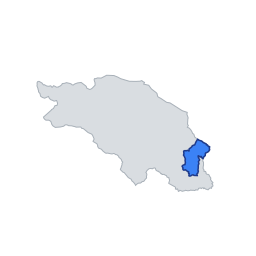 location of Hovd within Mongolia, rotated 205°
{"feature_id": "MNG-3320", "entity_name": "Hovd", "entity_type": "Province", "adm_level": 1, "iso_a3": "MNG", "parent_name": "Mongolia", "parent_adm1": "", "projection": "mercator", "projection_center": [92.143, 46.988], "detail": "fine", "context": "in_parent", "style": "filled", "palette": "blue", "viewbox_px": 256, "rotation_deg": 205, "n_neighbors": 0, "source": "natural_earth", "source_scale": "10m", "svg_char_len": 6417}
<svg xmlns="http://www.w3.org/2000/svg" viewBox="0 0 256 256"><g transform="rotate(205 128 128)"><path d="M26.9,108.6L27.7,108.6L28.8,107.7L29.0,106.5L29.3,105.8L32.1,105.5L33.3,105.9L33.6,105.1L33.8,105.0L34.5,105.6L35.1,105.3L35.5,105.0L36.0,104.1L36.9,104.3L38.5,103.2L38.5,101.4L39.1,101.0L40.6,100.6L40.8,99.8L41.1,99.5L42.1,99.3L44.0,98.4L44.9,98.3L45.5,97.5L47.2,96.4L49.7,95.8L49.9,95.3L52.1,93.6L54.6,93.5L55.2,92.0L55.6,91.9L57.3,93.7L58.0,93.4L58.3,92.8L59.3,92.8L59.7,94.0L60.3,94.5L67.6,95.0L67.8,95.4L68.2,98.3L69.6,99.6L69.9,100.2L71.9,100.0L73.0,101.1L74.7,101.0L75.6,101.3L77.3,100.3L77.7,100.3L78.2,100.9L79.0,100.5L80.6,101.4L81.8,101.3L82.4,101.7L83.1,101.3L84.8,101.6L86.2,103.1L87.2,103.0L88.3,102.0L88.7,101.3L90.3,101.0L91.3,100.3L91.9,99.7L92.8,97.5L93.0,95.2L92.2,94.9L91.4,94.1L91.0,92.9L90.9,92.0L90.1,90.7L90.2,90.0L90.7,88.9L90.9,87.0L91.5,86.0L92.6,85.4L92.7,84.7L93.5,83.3L95.3,82.4L96.3,80.8L96.9,79.2L97.8,80.0L100.1,81.2L102.1,81.7L103.4,82.9L106.8,83.2L112.6,86.0L113.8,85.8L117.2,87.0L117.5,87.4L117.5,89.5L117.7,90.0L117.9,92.3L118.5,93.4L118.3,94.7L118.6,95.1L119.5,95.3L120.8,96.7L123.8,97.6L124.7,98.5L126.8,99.1L127.9,98.7L129.6,99.0L130.3,98.8L131.4,97.8L132.1,97.5L136.0,96.6L137.1,95.9L137.9,95.8L141.0,96.5L143.1,97.5L146.3,97.4L147.7,98.5L148.3,99.6L149.6,100.6L153.9,101.0L154.1,101.2L154.0,103.5L154.2,103.9L157.0,106.4L158.3,107.1L162.2,107.0L168.3,108.6L169.7,108.1L171.0,108.9L171.5,108.8L175.5,106.8L176.0,106.9L180.2,106.1L182.8,105.0L184.7,105.1L186.3,104.2L187.0,102.5L189.6,100.4L194.2,97.8L197.0,98.2L198.6,99.1L200.3,101.0L201.3,101.5L203.1,101.6L205.8,100.4L207.1,100.7L208.4,101.3L209.2,102.2L205.1,111.7L205.1,112.3L203.8,114.2L203.6,117.4L201.9,118.5L202.1,120.2L202.5,120.9L204.3,122.7L204.9,122.4L205.4,121.7L206.4,121.1L208.2,121.2L209.7,121.0L211.7,121.5L213.4,123.0L216.1,119.8L218.5,119.5L220.7,119.9L222.3,122.0L224.4,123.0L224.9,124.2L225.7,124.7L225.9,125.3L228.3,127.7L228.8,129.3L229.5,130.4L229.5,131.5L229.3,132.1L228.3,132.7L224.9,132.4L222.9,131.3L222.1,131.9L219.5,131.7L218.0,132.1L217.0,132.6L216.4,133.3L215.9,133.5L215.5,133.5L214.7,132.9L214.0,132.9L213.8,133.0L213.3,134.9L211.1,134.9L210.3,134.7L208.5,135.6L208.2,136.3L207.2,137.4L206.3,139.3L206.4,140.1L206.2,140.6L204.5,141.6L202.9,143.1L199.6,143.8L198.1,143.9L196.9,143.5L195.8,143.8L194.9,145.4L192.8,147.5L189.7,149.5L184.1,148.3L183.4,148.0L182.2,146.7L179.0,146.7L178.1,147.5L177.3,148.8L175.9,152.9L177.1,155.2L178.6,156.7L179.2,157.7L179.2,158.6L178.2,159.0L176.8,160.5L173.4,161.9L169.6,166.8L162.9,169.6L158.7,169.8L155.5,169.6L146.6,170.9L140.9,173.4L136.7,175.6L135.8,176.6L135.3,176.8L134.6,176.4L132.3,176.3L132.3,174.4L127.3,175.5L123.3,173.3L117.5,172.0L116.3,171.5L114.4,169.1L113.3,168.8L110.8,168.7L103.8,167.6L100.5,168.5L86.2,166.6L81.0,167.2L80.8,167.0L80.5,165.4L78.1,163.0L77.7,162.4L77.6,161.5L75.6,156.5L74.4,155.8L74.5,153.7L72.6,153.8L70.5,153.0L68.3,151.5L67.2,150.4L65.7,150.2L63.8,148.1L62.9,147.8L58.3,146.9L56.0,147.2L53.5,146.6L50.7,146.6L49.8,146.1L49.0,146.2L47.4,145.3L46.3,145.5L44.9,142.5L45.2,140.7L45.8,139.6L47.1,137.9L47.0,137.3L46.5,135.8L47.2,133.1L47.0,131.4L46.2,129.5L45.2,129.0L43.9,126.4L43.4,124.4L42.8,123.0L41.4,122.1L40.9,120.9L40.5,120.8L40.2,121.2L39.3,121.4L38.4,120.6L38.0,119.7L37.4,119.5L36.5,119.5L35.7,119.9L34.7,119.7L33.9,118.9L31.7,117.6L31.7,116.7L31.4,116.1L30.7,115.9L30.1,115.2L28.0,114.5L27.9,114.0L28.5,113.0L27.0,112.2L26.5,111.3L27.3,110.2L26.9,109.4L26.9,108.6Z" fill="#d9dde1" stroke="#a8b0b8" stroke-width="1"/><path d="M46.4,145.6L46.2,145.6L46.1,145.3L46.2,145.2L46.1,144.8L46.0,144.7L45.8,144.6L45.7,144.5L45.7,144.2L45.5,143.7L45.4,143.3L45.0,143.0L44.8,142.8L45.1,140.7L46.5,138.7L46.9,138.4L47.0,138.3L47.1,138.0L47.1,137.6L47.0,137.2L46.9,137.0L46.7,136.7L46.4,135.7L46.4,135.4L46.6,135.1L46.9,134.4L47.0,134.3L47.0,133.9L47.1,133.7L47.3,133.4L47.3,133.2L47.2,132.9L47.0,132.6L47.1,132.2L47.1,131.9L47.3,131.9L47.8,132.0L48.2,132.2L48.4,132.2L48.6,132.2L48.9,132.3L49.1,132.7L49.3,132.9L49.5,133.1L49.8,133.1L49.9,132.9L50.1,132.6L50.2,132.4L50.3,132.3L50.5,132.5L51.4,132.4L52.3,132.6L52.5,132.5L52.6,132.4L52.6,132.2L52.2,131.6L51.7,131.0L51.1,130.4L50.5,130.0L50.3,129.9L50.1,129.8L49.8,129.6L49.7,129.3L49.6,129.1L49.6,128.9L49.6,128.7L50.0,127.7L50.0,127.4L49.6,126.8L48.7,125.7L48.6,125.3L48.6,125.1L48.7,124.9L48.7,124.7L48.7,124.4L48.2,123.0L48.1,122.7L47.8,122.4L47.7,122.0L47.1,120.5L46.9,119.6L46.8,119.4L46.7,119.3L46.6,119.1L46.1,118.8L46.0,118.7L46.0,118.4L46.0,118.1L45.8,117.3L45.8,117.1L45.7,116.8L45.7,116.6L45.8,116.3L46.1,116.0L46.1,115.8L46.1,115.6L45.8,114.9L45.7,114.7L45.2,114.4L45.1,114.2L45.8,113.9L47.7,113.1L48.3,112.9L48.9,113.1L49.2,113.1L49.5,112.9L49.9,112.6L50.5,111.8L50.9,111.1L51.1,110.9L51.7,110.6L52.0,110.4L52.5,110.4L52.6,110.5L52.8,110.8L53.2,112.5L53.3,112.6L53.5,112.6L53.9,112.5L54.1,112.7L54.2,113.0L54.4,113.6L54.5,113.9L54.7,114.0L54.8,114.0L55.1,113.7L57.5,114.2L58.2,114.4L58.5,114.3L58.8,114.0L59.1,113.7L59.4,113.5L59.6,113.4L59.8,113.4L60.1,113.4L60.2,113.5L60.3,113.5L60.9,113.9L61.0,114.0L61.1,114.5L61.2,114.8L61.3,114.9L61.3,115.0L61.8,115.5L62.0,115.6L62.6,116.0L62.8,116.2L62.8,116.3L62.8,116.5L62.7,116.6L62.7,116.8L62.7,117.0L62.4,117.5L61.7,118.3L61.3,118.6L60.9,118.9L61.1,119.8L61.3,120.1L61.3,120.5L61.4,121.0L62.2,122.2L62.8,123.2L62.8,123.7L62.8,123.8L62.8,124.0L63.1,124.4L63.6,124.8L64.9,126.0L65.8,126.6L66.2,126.8L66.3,127.0L66.3,127.4L66.3,127.7L66.4,128.0L66.5,128.4L66.9,129.0L67.4,129.9L67.7,130.3L67.7,130.7L67.6,130.8L67.4,131.1L67.2,131.3L65.9,131.9L65.3,132.2L64.6,132.9L64.3,133.0L64.1,133.0L63.4,133.0L63.3,132.9L63.1,132.9L63.0,133.0L63.1,133.4L63.5,134.2L63.6,134.5L63.7,134.8L63.7,135.1L63.6,135.3L62.8,136.6L62.2,138.1L62.2,138.3L62.3,138.8L62.2,139.1L61.9,139.3L61.7,139.8L61.6,140.0L61.4,140.1L60.7,140.6L60.4,140.9L60.4,141.3L60.5,143.2L60.5,144.3L60.2,147.2L59.9,147.2L59.6,147.2L59.3,147.2L59.1,147.1L58.8,146.9L58.7,146.9L58.5,147.0L58.4,147.0L58.1,146.9L57.4,147.1L57.0,147.1L56.4,147.3L56.0,147.2L55.9,147.1L55.5,147.2L55.4,147.2L55.2,147.1L54.7,147.2L54.0,146.7L53.8,146.6L53.6,146.6L53.4,146.6L53.2,146.6L52.8,146.7L51.8,146.6L51.6,146.6L51.4,146.7L51.2,146.7L50.6,146.6L50.4,146.6L49.9,146.0L49.8,145.9L49.7,146.0L49.4,146.2L49.2,146.2L48.6,146.1L48.2,145.9L48.0,145.6L47.9,145.5L47.7,145.4L47.4,145.3L47.1,145.3L46.9,145.3L46.4,145.6Z" fill="#3b82f6" stroke="#1e3a8a" stroke-width="1.5"/></g></svg>